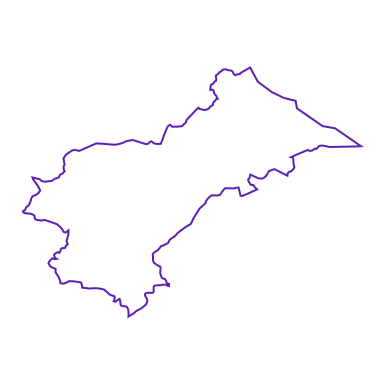 Paulistana, Piauí, Brazil (Mercator projection)
{"feature_id": "56859067B88497149636912", "entity_name": "Paulistana", "entity_type": "district", "adm_level": 2, "iso_a3": "BRA", "parent_name": "Brazil", "parent_adm1": "Piauí", "projection": "mercator", "projection_center": [-41.167, -8.128], "detail": "fine", "context": "isolated", "style": "outline", "palette": "violet", "viewbox_px": 384, "rotation_deg": 0, "n_neighbors": 0, "source": "geoboundaries", "source_scale": "gbopen_adm2", "svg_char_len": 4591}
<svg xmlns="http://www.w3.org/2000/svg" viewBox="0 0 384 384"><path d="M257.1,189.4L254.7,187.1L253.2,185.0L250.6,184.7L249.5,182.8L248.2,180.6L248.3,179.2L249.5,178.1L249.9,176.6L250.2,174.7L253.7,176.1L257.9,178.1L259.8,178.5L261.7,178.5L263.2,178.2L264.9,177.1L266.3,175.5L267.5,173.7L268.8,171.2L274.3,169.1L287.4,175.7L287.7,173.3L289.0,171.8L291.2,171.4L292.2,170.3L293.6,168.9L294.4,166.9L293.9,165.6L293.7,163.9L293.4,161.5L293.3,159.3L292.9,157.4L291.3,157.1L299.2,153.5L308.0,149.9L309.1,150.8L310.4,150.9L312.2,150.4L313.5,149.6L314.8,148.7L316.3,148.9L317.4,147.8L318.4,146.6L319.8,145.8L321.1,145.7L322.4,145.5L329.7,147.0L348.7,146.6L352.1,146.5L354.2,146.5L357.2,146.4L361.0,146.2L353.0,140.7L335.0,128.3L322.6,126.1L296.9,108.3L295.6,100.8L283.7,97.9L277.5,94.8L272.1,92.3L257.9,81.8L250.1,67.5L240.5,73.0L239.8,74.1L238.3,74.2L236.9,74.6L235.1,75.2L233.2,73.1L232.5,71.4L231.0,70.5L229.5,70.3L228.2,70.2L226.6,69.6L225.4,69.3L224.2,69.3L222.4,70.0L221.1,71.5L219.6,72.0L218.4,73.6L217.2,74.6L215.8,75.5L216.1,78.2L216.3,79.5L215.9,80.9L214.4,81.7L213.4,83.6L211.1,84.6L210.5,86.7L210.3,88.4L210.4,90.0L212.2,89.6L213.5,90.4L213.9,92.4L214.8,94.3L216.3,95.8L216.9,97.4L217.8,98.8L216.0,99.3L215.1,100.9L213.7,102.0L213.0,103.2L213.0,104.8L211.6,105.8L210.1,106.7L209.0,108.4L207.0,109.4L205.2,110.1L203.4,109.9L200.8,109.1L199.4,108.8L198.6,107.7L196.5,109.5L186.4,120.1L186.2,121.5L185.2,123.1L183.3,124.7L182.3,126.0L181.1,126.3L179.8,126.3L178.1,126.5L176.3,126.8L174.8,126.5L173.2,126.9L171.9,126.5L170.2,124.8L169.0,125.4L167.9,126.3L167.0,128.0L165.1,132.4L160.9,143.8L157.3,144.0L153.8,143.3L152.3,142.0L151.0,141.3L149.6,142.0L148.8,143.3L147.6,143.8L146.2,144.1L142.7,143.2L132.7,140.0L126.3,141.2L123.6,142.6L120.8,143.5L116.9,144.5L114.3,144.7L102.9,143.8L96.3,143.4L79.2,150.9L74.5,149.8L72.1,150.6L70.6,151.4L69.0,152.6L67.0,153.9L65.4,155.5L64.5,156.8L63.5,158.4L64.6,164.9L63.5,166.4L63.7,168.4L63.9,169.9L64.7,171.3L63.5,172.3L62.3,173.7L60.6,174.4L59.5,175.6L59.0,177.3L57.0,178.1L54.9,178.6L53.4,179.8L52.0,180.8L50.4,181.1L49.0,181.1L45.1,181.8L43.4,181.4L41.3,180.8L39.7,179.3L32.5,177.5L33.1,179.2L36.2,183.5L37.4,185.2L38.3,186.6L40.2,190.5L38.6,192.8L37.1,194.1L35.9,194.9L34.7,195.4L33.0,196.1L31.9,197.2L31.2,198.6L30.7,200.9L29.8,203.3L28.4,205.7L26.2,207.1L25.6,208.9L24.7,210.3L23.0,211.1L23.6,212.6L26.0,213.4L28.6,213.5L30.2,213.7L32.0,214.2L33.4,214.8L34.4,215.8L34.6,217.5L35.3,219.2L37.1,220.0L41.9,220.5L44.4,219.9L49.7,221.6L53.6,223.0L56.9,224.2L59.9,226.6L61.8,228.9L63.1,230.7L63.6,232.0L65.7,232.5L68.5,230.4L68.5,232.4L68.3,235.0L67.4,237.5L67.2,239.0L66.5,240.4L67.0,242.4L67.8,244.3L65.8,245.7L65.3,247.7L63.9,248.2L62.4,248.0L60.9,249.0L60.2,251.4L59.2,252.9L58.0,252.2L56.7,252.7L55.3,253.5L54.0,254.8L54.5,256.4L55.2,258.0L56.6,258.8L54.5,259.1L52.3,258.3L49.8,260.8L49.0,261.9L48.5,263.3L50.2,266.2L51.9,267.4L55.6,268.9L55.5,272.2L58.8,277.4L60.3,281.0L60.2,282.9L62.3,283.8L65.2,283.2L69.0,281.2L73.6,281.3L80.8,282.4L81.8,284.3L82.1,287.6L89.1,288.5L93.4,288.3L96.1,288.2L99.4,288.5L102.6,289.2L104.4,289.7L105.7,291.0L107.5,292.6L109.4,294.3L111.2,295.3L114.0,296.0L114.8,297.2L114.3,299.5L113.6,301.2L115.4,301.8L117.2,300.3L119.5,299.0L120.3,301.0L120.5,304.2L121.4,305.8L123.0,306.0L126.7,306.7L128.1,309.2L128.4,311.0L128.5,313.1L128.6,315.1L128.5,316.5L133.8,313.3L136.0,311.2L139.1,309.5L141.5,308.2L144.4,305.9L145.8,304.6L146.7,303.1L147.2,301.3L147.2,299.2L146.2,297.8L145.3,296.0L144.9,294.7L145.7,293.2L148.0,292.8L149.8,292.9L151.3,292.9L153.0,292.7L153.8,291.6L153.6,289.4L153.7,286.6L154.7,285.7L156.0,285.5L158.0,285.2L160.4,285.2L162.4,284.8L164.6,284.6L166.1,284.7L167.4,285.6L169.0,286.0L169.1,283.9L167.5,283.6L166.5,282.1L165.8,280.3L164.7,278.8L162.9,278.5L161.8,277.8L161.1,275.8L160.4,274.2L160.2,272.8L160.4,270.1L160.5,268.5L160.4,266.7L158.8,266.0L156.4,264.6L154.8,263.4L153.8,262.6L153.2,261.1L152.9,259.8L153.0,258.3L153.0,256.8L152.8,255.2L152.8,253.9L153.8,252.8L154.7,252.0L156.4,251.1L158.6,249.4L159.9,247.8L160.9,246.2L163.8,245.3L165.8,244.1L167.6,243.4L168.7,241.9L169.9,239.5L171.3,238.6L174.3,236.6L176.1,234.9L177.4,233.3L180.7,230.6L181.8,229.9L184.0,228.2L187.0,226.2L190.8,223.9L192.0,221.6L193.4,218.5L199.7,208.4L200.8,207.5L205.4,203.2L206.2,201.0L207.4,199.2L208.8,197.6L209.9,196.6L211.6,195.3L213.2,195.4L215.0,195.3L217.1,195.6L220.1,194.8L221.0,193.5L221.7,192.3L222.6,191.1L223.8,189.4L225.3,188.2L228.7,188.3L230.9,188.3L232.9,188.4L234.6,188.3L236.3,187.7L238.6,187.6L240.5,195.6L241.7,196.1L247.3,193.9L257.1,189.4Z" fill="none" stroke="#5b21b6" stroke-width="2"/></svg>